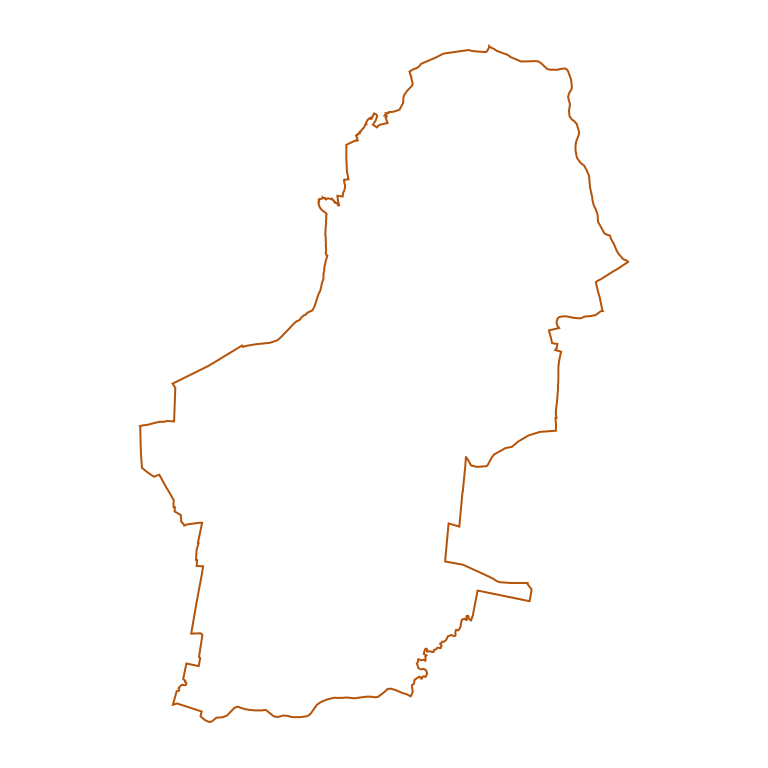 outline of Recas, Timis, Romania
{"feature_id": "2599482B57862880882591", "entity_name": "Recas", "entity_type": "district", "adm_level": 2, "iso_a3": "ROU", "parent_name": "Romania", "parent_adm1": "Timis", "projection": "albers", "projection_center": [21.537, 45.827], "detail": "fine", "context": "isolated", "style": "outline", "palette": "amber", "viewbox_px": 768, "rotation_deg": 0, "n_neighbors": 0, "source": "geoboundaries", "source_scale": "gbopen_adm2", "svg_char_len": 6080}
<svg xmlns="http://www.w3.org/2000/svg" viewBox="0 0 768 768"><path d="M346.7,697.5L354.5,698.3L366.1,696.7L371.5,696.7L375.0,697.3L378.0,696.9L384.9,691.6L387.4,689.1L390.7,688.6L395.9,690.2L402.7,693.1L406.5,694.2L410.7,696.3L412.8,691.7L412.0,686.8L412.0,685.2L414.0,683.6L414.5,679.9L419.1,676.7L419.6,676.8L421.3,678.7L422.1,678.4L422.3,676.9L422.8,676.5L423.8,676.3L425.5,676.9L427.1,673.9L426.2,670.4L423.7,668.8L421.1,669.4L419.7,669.0L418.2,667.8L417.6,665.3L416.8,663.5L418.0,661.7L418.0,660.0L418.3,659.3L418.7,659.2L421.1,660.3L423.3,659.7L425.3,660.7L425.7,659.0L425.3,656.8L426.5,655.4L423.8,654.0L424.2,651.9L425.3,649.0L425.7,648.7L426.6,648.8L427.1,649.4L426.9,651.0L427.2,651.6L428.2,651.6L429.2,651.1L432.3,652.0L433.7,651.9L433.8,650.5L434.0,650.0L436.2,649.3L436.4,648.7L437.5,647.7L440.6,648.1L441.6,645.5L440.5,644.7L440.2,643.5L441.8,642.6L442.2,641.7L443.7,641.8L445.6,640.5L446.3,639.7L447.9,636.3L451.3,635.0L453.9,636.1L455.0,635.9L455.6,635.2L455.3,633.1L455.8,630.2L456.4,629.9L458.4,630.3L460.5,627.1L460.9,623.5L461.9,619.7L464.4,618.8L466.1,620.0L466.7,619.8L466.3,618.2L466.6,616.0L468.2,615.9L468.6,616.9L468.5,618.5L470.1,619.5L470.6,620.4L471.1,620.4L472.3,616.7L472.6,616.5L477.6,590.6L529.6,601.2L531.5,590.3L531.3,589.0L527.6,584.2L527.7,583.0L511.3,583.0L499.6,582.2L496.7,581.1L493.1,578.7L488.7,576.5L462.9,564.7L445.2,561.5L445.2,560.3L448.6,523.4L459.3,526.6L462.4,492.9L462.6,491.4L462.8,491.4L465.2,467.0L465.9,457.2L466.4,457.3L471.2,465.5L477.1,466.9L486.4,466.2L487.6,465.2L491.9,457.3L494.2,454.4L505.5,448.1L511.9,446.8L518.4,441.4L528.6,435.4L539.9,431.9L555.9,430.7L556.0,425.4L555.5,418.4L555.5,417.9L556.6,417.7L555.8,414.9L556.0,409.7L556.9,402.6L558.1,387.7L557.9,385.5L558.3,382.2L558.4,366.4L559.3,359.8L561.1,351.7L555.2,350.0L556.5,348.6L556.3,348.3L556.7,347.7L557.4,344.0L552.1,343.2L550.8,337.2L550.3,335.8L550.1,334.1L549.4,332.7L549.0,330.4L559.1,328.0L557.2,325.3L556.5,322.4L557.2,319.5L557.8,318.2L559.5,317.0L562.8,316.4L566.1,316.3L573.6,317.8L580.1,318.4L585.2,316.5L591.2,316.0L595.8,315.0L600.9,311.1L602.8,311.0L602.3,309.9L599.7,297.3L598.3,292.5L595.8,282.3L597.1,281.1L601.2,279.0L613.1,271.4L617.5,269.0L628.1,261.9L626.7,260.6L623.4,259.2L622.6,258.5L618.2,253.4L616.4,250.1L613.8,243.8L610.9,238.7L610.0,235.6L606.7,234.6L604.4,233.4L598.0,221.7L597.6,214.6L595.8,209.4L593.8,205.4L592.3,199.3L592.3,197.7L590.1,187.8L589.0,175.7L586.7,170.4L584.3,165.8L580.3,162.6L577.3,158.3L576.8,157.2L575.5,150.0L575.6,144.6L576.3,141.2L578.9,134.6L579.0,131.7L576.7,123.9L574.2,121.1L572.0,119.6L569.5,116.2L569.0,110.9L570.0,104.1L568.8,100.2L568.1,96.6L569.2,93.0L571.7,88.8L571.8,85.9L571.1,79.9L570.6,78.2L568.1,71.3L566.5,69.1L564.6,68.4L559.7,69.1L557.5,69.8L550.0,69.7L547.1,68.9L541.1,63.2L538.2,61.4L535.7,61.1L521.0,61.5L510.5,57.0L508.0,55.0L496.8,50.9L494.3,49.1L490.2,47.2L489.2,46.1L488.9,47.8L487.0,51.3L485.6,52.1L474.9,51.3L471.2,50.8L468.8,50.0L444.1,53.5L440.8,54.9L437.2,56.9L421.2,63.8L420.6,64.3L420.1,65.3L417.5,67.7L413.3,69.3L409.5,71.6L411.0,76.8L411.3,76.9L411.4,78.7L412.7,83.4L412.6,84.2L411.7,86.0L406.8,91.2L404.2,95.0L403.4,97.6L403.1,103.0L399.5,109.7L393.7,111.7L388.4,112.2L388.3,113.2L385.6,113.2L385.8,114.2L384.6,115.5L386.6,115.8L386.7,116.6L385.6,117.6L387.6,123.0L379.2,125.0L376.8,127.4L372.9,124.7L375.7,120.4L377.2,116.2L377.2,115.7L376.1,114.4L374.2,113.4L373.2,115.0L373.2,115.7L372.3,116.5L372.4,117.3L370.6,117.8L371.3,118.8L370.7,119.0L369.6,118.3L367.3,120.2L367.2,120.8L366.0,122.9L366.4,124.3L365.5,124.3L364.3,127.0L362.5,129.2L361.7,129.6L360.9,131.5L359.6,131.8L359.4,132.5L359.7,133.3L358.9,133.4L357.8,134.7L357.4,134.3L356.1,135.3L356.3,136.4L357.3,138.1L357.0,139.0L357.7,140.3L356.2,140.9L355.2,140.6L346.2,144.9L346.4,147.1L346.3,157.3L346.9,171.1L348.5,179.3L344.1,179.8L344.3,182.8L345.0,184.9L345.1,187.1L344.2,190.9L343.2,192.5L342.7,196.5L337.4,195.8L337.9,200.3L339.1,205.3L337.9,205.3L337.8,204.0L336.3,202.9L335.1,202.9L334.9,202.4L335.0,201.9L334.1,201.7L333.7,200.4L331.7,199.4L331.9,198.7L330.6,198.9L327.9,198.3L325.9,199.5L325.2,199.1L325.1,198.0L323.3,197.9L322.5,197.2L322.3,198.5L320.4,199.1L319.7,198.8L318.7,199.7L319.2,201.2L318.4,202.0L318.8,203.0L318.5,203.8L318.9,204.3L319.2,206.0L320.3,208.2L321.7,209.9L325.9,213.1L326.7,214.3L326.0,216.1L326.3,217.2L326.2,220.1L326.0,220.5L326.1,224.5L325.6,227.4L325.3,235.1L325.7,236.6L325.8,239.7L325.6,240.5L325.9,241.1L325.8,244.2L326.1,249.4L325.8,253.7L326.5,255.0L327.4,255.7L326.0,259.9L324.4,267.3L324.1,271.6L323.5,273.6L323.4,279.3L322.6,281.0L321.4,285.2L321.3,286.5L320.2,290.8L318.4,294.4L314.5,306.5L312.6,310.0L312.3,310.5L307.7,312.5L305.2,315.0L304.1,315.2L301.4,317.4L300.0,319.6L297.2,321.3L296.6,321.2L294.4,323.1L281.6,336.5L278.5,339.4L276.9,340.5L269.9,342.8L255.4,344.3L247.7,345.6L242.7,346.8L242.3,345.5L242.1,345.5L208.8,365.7L172.6,383.6L175.3,387.8L174.1,421.4L166.7,421.0L164.9,421.7L158.7,421.9L145.9,425.2L144.0,425.1L139.9,426.2L140.2,426.8L140.9,453.1L142.0,467.9L147.7,472.5L153.9,476.7L159.3,474.7L166.8,488.4L167.9,489.9L173.7,500.1L173.5,507.1L174.9,507.2L174.6,511.4L180.8,515.1L181.2,521.6L183.5,524.0L184.2,525.6L187.2,524.4L199.8,522.7L202.1,522.8L197.9,543.0L198.6,543.1L196.6,549.9L196.0,559.9L197.1,560.0L196.7,566.0L203.1,566.3L201.8,574.6L196.4,603.4L191.2,633.6L200.5,633.3L201.9,634.2L202.4,635.1L199.0,657.0L200.2,658.0L198.7,666.1L186.4,663.5L183.2,679.1L185.0,680.5L184.9,681.3L185.4,681.4L185.3,682.2L186.3,682.9L186.2,684.1L185.6,685.0L184.9,685.3L181.9,684.7L179.0,687.5L178.6,688.3L179.3,689.3L179.0,690.7L176.7,691.2L172.9,704.7L177.1,703.5L201.7,711.5L200.5,716.3L204.7,719.9L208.6,721.8L210.2,721.9L211.9,721.4L216.4,717.7L222.3,717.3L226.9,715.6L234.5,707.8L236.9,706.9L238.2,706.9L244.7,709.1L249.4,709.9L255.6,710.4L262.4,710.4L264.4,709.9L265.6,710.1L266.6,710.5L272.7,715.5L274.3,716.4L276.3,716.9L278.4,716.9L283.4,715.5L287.8,715.9L292.0,717.1L300.5,717.1L306.2,716.4L308.5,715.5L310.6,713.7L317.0,704.7L321.1,701.9L327.6,699.3L333.7,697.8L341.6,697.9L346.7,697.5Z" fill="none" stroke="#b45309" stroke-width="2"/></svg>